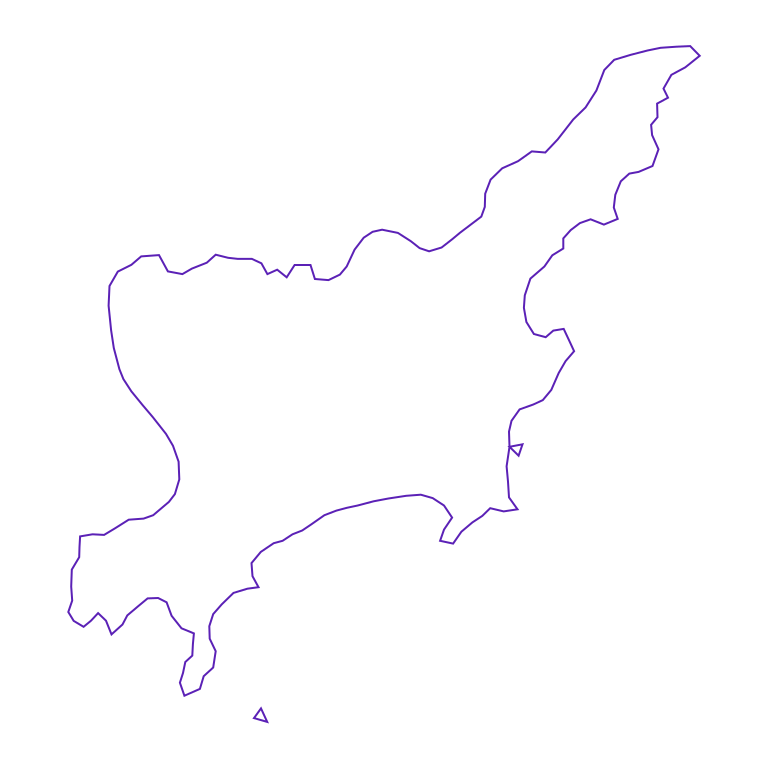 Guarujá, São Paulo, Brazil (Mercator projection)
{"feature_id": "56859067B97137242485272", "entity_name": "Guarujá", "entity_type": "district", "adm_level": 2, "iso_a3": "BRA", "parent_name": "Brazil", "parent_adm1": "São Paulo", "projection": "mercator", "projection_center": [-46.231, -23.954], "detail": "fine", "context": "isolated", "style": "outline", "palette": "violet", "viewbox_px": 768, "rotation_deg": 0, "n_neighbors": 0, "source": "geoboundaries", "source_scale": "gbopen_adm2", "svg_char_len": 2456}
<svg xmlns="http://www.w3.org/2000/svg" viewBox="0 0 768 768"><path d="M531.8,151.4L518.0,161.2L502.2,168.3L490.6,179.6L485.2,193.7L484.8,206.9L481.3,216.6L459.8,232.9L452.5,239.0L441.6,247.5L429.1,251.3L419.6,248.1L410.7,241.1L397.9,232.9L382.1,229.7L372.6,231.8L363.7,237.7L354.6,249.6L346.7,266.5L339.9,274.6L328.5,280.1L314.9,279.0L310.5,265.0L294.6,265.0L286.7,277.3L277.2,269.7L267.4,274.1L261.4,263.3L251.9,258.9L238.0,258.9L228.1,257.8L215.7,254.7L206.8,262.7L191.9,268.6L182.4,274.1L167.9,271.4L159.0,255.1L141.2,256.4L131.4,264.8L117.8,271.6L109.5,286.0L108.6,305.7L111.1,330.2L113.8,348.0L119.4,369.2L123.4,379.1L131.4,391.4L142.6,405.1L152.7,417.0L166.0,433.9L173.0,445.8L178.6,461.7L179.3,479.4L174.9,494.1L168.9,501.9L153.2,515.2L143.6,518.6L128.7,519.7L114.9,528.4L104.1,534.9L92.5,534.3L80.1,536.4L79.5,547.0L79.2,557.2L71.8,569.6L71.2,586.6L72.2,600.6L68.3,612.0L73.7,620.9L83.6,626.8L91.0,620.7L98.1,613.1L106.0,620.7L111.5,634.4L122.5,624.5L127.3,615.4L138.3,606.1L147.6,598.4L158.1,598.0L166.6,602.3L171.6,615.8L181.5,628.3L193.9,633.4L192.9,644.2L192.3,655.6L185.3,662.0L183.0,673.0L179.9,682.7L184.4,695.7L199.9,688.9L203.7,676.2L213.2,667.5L215.7,651.2L209.7,638.7L209.3,626.2L213.2,614.1L221.7,604.4L233.5,592.9L247.4,588.7L258.5,587.2L252.5,576.2L251.5,563.1L260.8,551.9L273.7,543.2L282.6,540.8L292.5,534.3L302.2,530.5L311.1,524.5L324.4,515.2L336.4,510.6L346.9,507.8L357.7,505.5L373.6,501.3L388.4,498.5L406.2,495.8L420.8,494.7L432.7,498.1L444.0,505.5L452.1,517.6L444.0,529.6L440.1,540.8L453.1,543.6L461.4,531.7L472.4,522.4L482.3,515.9L490.2,508.2L503.7,511.4L517.5,509.3L509.0,497.4L508.0,481.6L506.6,466.3L509.5,446.8L509.0,431.6L511.5,420.8L519.6,409.4L533.3,404.5L542.8,400.1L551.3,389.9L558.7,373.0L565.6,361.1L574.1,351.2L569.1,340.4L563.7,328.9L553.3,330.6L545.7,337.2L533.9,334.0L526.4,322.0L523.9,307.8L524.8,295.3L530.4,278.6L544.4,266.5L552.3,255.3L563.3,248.5L563.3,238.4L570.7,230.1L579.9,223.1L590.6,219.3L603.9,224.6L617.7,218.9L613.8,207.5L615.3,194.8L620.8,181.3L629.3,173.6L638.6,171.9L652.5,166.0L658.5,149.3L652.1,135.1L651.1,124.8L657.5,117.2L657.1,103.6L668.0,97.7L663.5,88.6L671.4,74.8L685.2,67.4L699.7,55.8L690.2,46.1L676.5,46.7L660.6,47.8L647.5,50.5L630.8,54.8L614.2,59.8L604.3,70.0L596.4,90.5L585.6,107.4L573.2,119.5L557.7,139.4L545.3,152.5L531.8,151.4ZM261.0,708.4L254.0,718.1L267.2,721.9L261.0,708.4ZM509.5,446.8L518.6,455.7L522.5,444.3L509.5,446.8Z" fill="none" stroke="#5b21b6" stroke-width="2"/></svg>